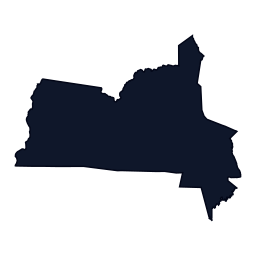 Mumbwa, Central, Zambia (Natural Earth projection)
{"feature_id": "96606910B37920738728221", "entity_name": "Mumbwa", "entity_type": "district", "adm_level": 2, "iso_a3": "ZMB", "parent_name": "Zambia", "parent_adm1": "Central", "projection": "natural_earth1", "projection_center": [26.865, -14.958], "detail": "fine", "context": "isolated", "style": "filled", "palette": "ink", "viewbox_px": 256, "rotation_deg": 0, "n_neighbors": 0, "source": "geoboundaries", "source_scale": "gbopen_adm2", "svg_char_len": 5751}
<svg xmlns="http://www.w3.org/2000/svg" viewBox="0 0 256 256"><path d="M197.1,83.4L200.7,60.1L201.0,60.2L201.5,60.0L202.0,59.6L202.2,59.1L202.5,57.9L202.9,56.8L203.1,56.5L203.8,56.0L201.4,53.8L200.8,53.3L200.1,53.0L199.5,52.2L199.2,52.0L198.5,50.6L198.3,48.7L198.3,47.9L198.3,47.5L197.8,47.3L197.2,46.9L196.7,44.8L195.9,44.1L195.2,43.0L195.0,42.8L194.7,41.8L194.3,41.3L193.9,40.3L193.6,39.9L193.4,39.2L193.4,38.7L192.9,38.2L192.6,37.6L192.4,36.9L192.4,35.7L178.7,45.6L178.8,65.9L177.6,65.6L176.1,65.6L175.7,65.4L174.7,65.6L173.8,66.0L173.1,66.1L172.1,65.9L171.1,65.5L169.8,65.3L168.9,65.0L168.4,64.9L167.9,65.0L167.7,65.5L167.2,66.0L166.9,66.2L166.6,66.2L166.1,66.0L165.3,66.1L164.8,65.8L163.3,65.3L163.0,65.4L162.8,65.6L162.3,66.7L161.8,67.1L160.9,67.4L160.2,67.1L159.5,67.6L159.1,67.7L158.6,67.5L158.3,67.6L157.6,69.1L156.7,69.9L155.8,69.9L154.7,69.4L154.0,69.3L153.6,69.5L152.6,70.7L152.1,71.0L151.4,71.0L151.1,70.8L151.2,70.0L151.1,69.6L150.7,69.3L149.4,69.0L148.6,68.6L148.2,68.6L147.1,69.1L146.6,69.2L146.3,69.2L145.8,69.0L145.5,69.1L145.2,69.4L145.2,70.1L144.2,71.9L143.4,71.8L142.9,71.5L142.5,70.7L141.7,70.0L140.5,69.6L140.2,69.7L139.9,70.1L138.9,70.4L138.4,70.7L137.7,70.9L137.5,71.3L137.5,71.6L136.8,72.7L136.4,72.7L136.0,72.5L135.6,72.5L135.3,72.7L135.1,73.4L134.7,73.6L134.8,74.3L134.5,74.7L134.1,74.9L134.0,75.2L133.9,76.1L134.0,76.5L134.1,77.3L134.2,77.8L133.5,79.1L132.6,79.8L131.3,79.9L130.3,80.8L129.4,80.8L128.4,81.6L128.2,81.9L127.8,82.3L127.5,82.5L126.8,82.5L126.3,83.5L126.0,83.9L125.8,84.5L125.1,84.7L124.9,84.8L124.8,85.4L124.8,86.2L124.6,86.5L124.2,86.9L123.8,87.6L123.4,88.3L123.2,88.7L123.0,89.8L122.4,90.9L122.0,91.1L121.4,91.7L120.5,92.2L120.1,92.7L119.8,93.5L119.8,95.1L120.0,95.8L120.1,96.2L120.7,97.0L120.9,97.6L120.8,98.2L120.5,98.7L119.4,99.2L118.6,99.9L118.3,99.9L117.8,99.6L117.4,99.7L117.0,100.2L116.6,101.5L116.4,101.7L116.0,101.9L115.6,101.9L115.1,101.7L114.3,101.2L114.0,100.5L113.9,100.1L113.8,98.2L113.5,97.8L112.3,97.4L111.1,97.3L110.5,96.7L110.3,96.6L108.7,96.4L108.1,96.3L107.5,95.7L107.1,95.2L106.8,94.9L106.2,94.7L105.0,93.7L104.4,93.6L103.4,93.7L101.8,93.4L101.3,93.1L101.0,92.3L100.9,91.6L101.0,91.0L101.6,89.8L101.7,88.9L101.6,88.4L101.3,87.9L55.5,81.0L43.1,79.1L42.5,79.2L42.0,79.7L41.9,80.5L41.4,80.9L40.8,82.7L39.9,83.8L39.6,84.4L39.0,84.5L38.4,84.0L37.6,84.1L37.8,84.8L37.6,85.4L37.0,86.0L37.2,86.7L37.1,87.7L36.2,88.7L35.8,89.4L35.3,90.0L35.0,90.8L34.3,91.2L33.4,94.7L32.2,95.9L31.2,97.4L31.1,97.9L31.3,98.5L32.2,99.5L33.1,101.2L33.1,101.7L32.9,102.6L32.6,103.8L32.7,106.1L32.7,107.1L32.5,107.7L32.4,108.6L32.1,109.3L31.5,109.2L31.1,109.0L30.6,109.2L30.1,109.6L29.8,110.5L29.2,110.9L29.0,111.3L28.5,111.8L28.3,112.7L28.5,113.8L28.1,114.7L28.3,115.5L28.2,116.1L27.7,116.5L26.7,118.1L26.5,119.7L26.6,120.0L26.6,120.5L26.9,121.4L27.5,123.1L28.9,125.8L29.7,127.0L30.0,127.5L30.1,128.3L30.0,128.9L30.1,129.1L30.2,130.1L30.0,130.7L29.8,131.1L29.6,131.7L29.8,132.9L30.2,134.7L30.0,137.1L29.9,137.5L28.5,138.9L28.2,139.7L28.1,140.2L27.5,141.2L26.6,141.5L25.7,142.2L25.6,142.6L25.9,143.8L26.1,147.6L26.0,148.1L25.9,148.7L25.7,149.0L25.3,149.4L24.9,149.6L24.4,149.6L23.0,149.0L22.1,149.0L18.6,151.2L18.3,151.3L17.5,151.8L16.8,152.5L15.9,153.7L15.6,154.4L15.5,155.0L15.4,156.4L16.4,157.5L16.7,158.0L17.3,160.3L17.3,160.8L16.6,163.3L15.4,165.2L15.4,165.8L16.4,165.9L33.5,166.2L44.3,166.2L58.5,166.4L83.5,166.3L117.4,170.6L121.6,170.5L156.5,171.4L164.6,171.3L176.3,172.9L182.7,172.7L179.6,186.8L201.2,187.4L209.0,216.8L209.5,216.7L209.4,217.0L209.4,217.6L209.5,217.8L209.8,217.6L209.8,217.8L209.6,218.0L209.8,218.2L209.9,218.4L209.8,218.5L209.5,218.6L209.7,218.8L209.9,218.8L210.4,218.7L210.5,218.8L210.7,219.2L211.8,220.3L212.0,220.1L211.5,218.8L211.8,218.0L211.8,208.8L212.3,208.4L213.1,207.0L214.7,208.0L215.3,207.3L215.3,206.1L215.6,205.5L216.0,205.2L216.8,203.8L217.5,203.9L218.1,204.5L218.2,204.8L218.5,205.1L218.7,204.8L218.9,204.4L219.3,204.0L219.5,203.5L219.2,202.4L219.5,201.7L220.0,201.2L220.6,201.0L221.1,200.7L221.1,200.4L220.8,199.3L220.6,198.8L220.6,198.4L220.7,198.0L221.5,197.3L221.8,197.3L222.2,197.3L222.3,199.4L222.6,199.9L223.0,200.2L223.7,199.9L224.1,199.9L224.7,199.2L225.0,199.2L225.1,199.4L225.1,200.2L225.3,200.8L225.5,201.0L226.0,201.1L226.3,200.9L226.6,199.3L226.7,199.2L227.5,199.0L227.6,198.9L227.6,198.7L226.8,198.3L226.7,197.8L226.8,197.4L226.9,197.2L227.3,197.2L227.9,197.6L228.5,197.4L229.3,197.8L229.9,197.7L230.3,197.6L230.4,197.4L230.4,197.0L230.2,196.7L229.8,196.3L229.8,195.9L230.1,195.7L230.9,196.0L231.5,196.0L231.6,195.9L231.6,195.7L231.4,195.2L231.4,194.9L231.8,194.7L232.8,194.7L233.0,194.6L233.0,194.1L232.5,192.8L232.0,192.0L232.0,191.5L232.1,191.4L232.3,191.3L232.9,191.6L233.1,191.6L233.3,191.4L233.4,191.0L233.7,190.8L233.7,190.3L233.8,190.1L234.2,190.0L234.6,189.5L234.6,188.4L234.8,188.0L235.0,187.9L235.5,187.9L235.9,188.2L236.2,188.1L236.5,188.2L236.8,188.0L227.9,180.8L227.7,177.6L228.2,177.1L229.4,176.9L230.9,177.5L235.6,177.4L237.0,177.5L237.8,177.3L240.1,177.0L240.6,176.7L240.6,174.3L240.3,173.6L240.3,172.7L239.5,170.6L239.1,170.0L238.0,168.6L237.3,167.1L236.8,164.9L236.5,164.5L236.6,163.3L236.2,162.7L235.9,161.6L233.8,156.5L232.8,155.2L232.4,154.2L231.9,152.3L231.9,151.9L232.3,151.1L232.0,150.5L231.8,147.9L231.7,147.7L232.0,147.7L232.2,147.8L232.2,147.6L232.5,147.4L232.4,147.0L232.6,146.5L232.5,146.3L232.6,146.1L232.5,145.9L232.2,145.3L232.2,144.8L232.4,144.4L232.1,144.1L232.3,143.9L232.4,143.5L232.2,143.1L231.6,142.6L231.6,142.0L231.3,141.4L231.4,140.8L231.3,140.5L230.8,140.4L230.6,139.9L230.4,139.4L230.4,139.0L229.9,138.7L229.7,138.5L236.9,131.4L236.0,130.9L234.8,130.6L224.6,126.1L224.1,126.0L223.1,125.6L222.4,125.4L206.8,119.3L204.0,116.1L201.8,110.1L200.7,86.6L197.1,83.4Z" fill="#0f172a" stroke="#020617" stroke-width="1.5"/></svg>